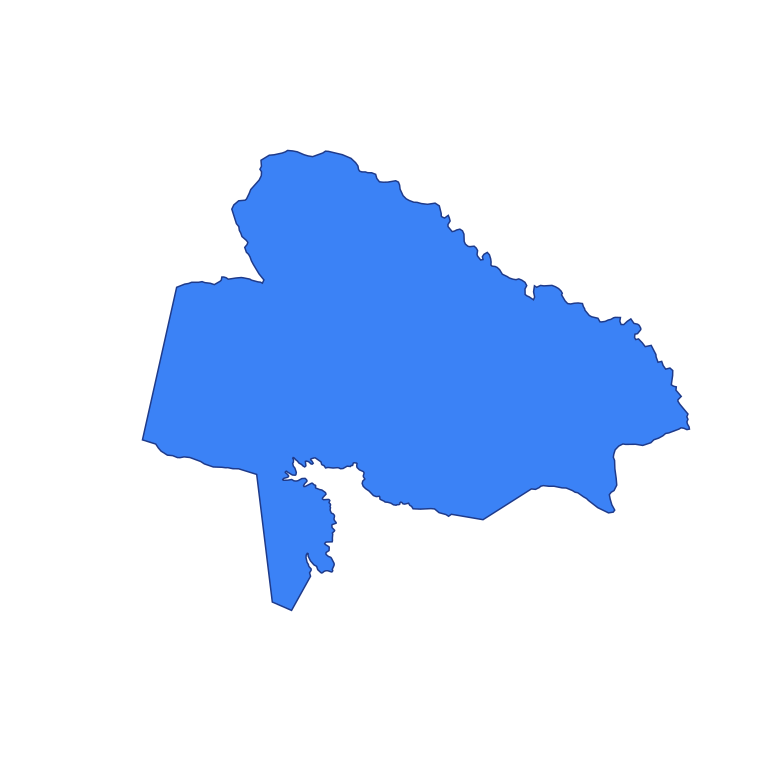 outline of San Miguel Suchixtepec, Oaxaca, Mexico, rotated 318°
{"feature_id": "50627088B50710705536412", "entity_name": "San Miguel Suchixtepec", "entity_type": "district", "adm_level": 2, "iso_a3": "MEX", "parent_name": "Mexico", "parent_adm1": "Oaxaca", "projection": "natural_earth1", "projection_center": [-96.466, 16.079], "detail": "fine", "context": "isolated", "style": "filled", "palette": "blue", "viewbox_px": 768, "rotation_deg": 318, "n_neighbors": 0, "source": "geoboundaries", "source_scale": "gbopen_adm2", "svg_char_len": 6171}
<svg xmlns="http://www.w3.org/2000/svg" viewBox="0 0 768 768"><g transform="rotate(318 384 384)"><path d="M512.1,214.0L509.5,211.6L508.3,209.5L508.7,207.4L510.5,204.6L511.0,200.6L510.5,194.3L506.5,185.7L498.4,174.0L496.3,171.8L493.2,171.4L483.1,167.3L480.2,163.7L478.0,160.1L474.9,153.4L472.2,149.8L468.6,145.9L466.1,145.5L463.0,144.3L455.7,140.1L451.8,137.2L442.3,135.4L438.6,140.2L435.5,141.4L435.0,144.3L432.2,147.1L427.7,148.9L415.1,150.3L411.5,152.1L405.6,154.5L403.8,154.5L398.6,150.6L392.3,150.4L387.9,152.2L381.6,166.1L381.4,169.9L379.3,173.0L378.5,176.1L377.1,179.4L377.8,185.1L377.6,187.6L375.7,188.7L371.9,189.3L369.9,194.0L370.1,197.0L369.5,199.8L367.9,203.7L366.9,207.7L364.8,218.6L364.4,226.3L361.1,227.7L360.3,225.6L358.7,223.8L355.0,218.1L354.5,216.3L350.7,211.2L349.2,209.4L344.8,206.1L338.4,201.9L337.8,199.4L336.6,197.4L335.1,196.0L332.6,197.9L331.0,198.0L324.4,196.6L322.3,192.9L318.7,188.8L317.3,186.2L314.2,184.3L309.1,179.7L306.0,178.5L302.7,176.4L294.6,173.4L167.1,263.9L174.2,275.9L173.5,280.6L173.4,284.7L175.4,291.9L179.0,295.8L181.3,300.5L183.2,302.3L186.7,304.4L190.6,308.8L195.9,318.9L197.0,323.1L201.6,331.4L207.8,337.4L210.2,340.2L212.0,341.7L215.0,345.8L219.2,349.7L228.9,366.0L155.1,471.3L163.8,490.4L200.8,477.7L202.3,474.5L205.1,473.7L206.1,472.7L206.1,469.7L206.4,468.5L207.1,467.5L207.5,465.1L209.9,460.8L211.7,459.1L213.7,458.5L214.1,459.2L212.5,461.1L211.0,466.2L210.9,471.5L211.9,474.4L210.5,477.7L210.9,482.1L211.2,482.7L212.0,483.1L214.2,483.2L215.9,483.9L217.3,485.2L219.1,488.4L219.6,488.8L220.7,488.6L221.2,488.2L221.5,487.1L225.4,485.4L226.5,484.5L227.0,483.5L228.4,478.2L228.4,477.1L227.3,474.9L226.9,472.0L227.6,470.9L228.4,470.5L231.7,471.0L233.7,469.1L234.2,468.2L233.0,464.0L233.1,462.9L234.8,462.6L235.8,463.2L239.9,466.6L240.8,466.0L242.6,463.9L245.4,461.3L245.9,460.2L248.7,460.1L249.4,459.7L249.3,456.0L250.6,454.2L251.4,453.8L255.3,455.4L255.7,455.0L255.9,452.2L256.5,450.8L258.8,449.1L259.3,448.3L259.3,446.3L258.5,444.7L259.4,442.1L259.9,441.3L261.5,440.1L261.9,438.9L263.4,438.1L263.8,437.2L263.7,435.4L265.8,434.3L265.8,433.1L265.4,432.5L261.7,429.6L261.3,428.2L262.2,427.5L267.1,427.1L267.7,426.1L267.8,425.2L266.9,421.2L265.5,419.3L263.7,415.6L264.1,414.6L265.0,414.2L265.3,413.4L264.6,412.2L264.4,409.8L263.7,409.2L256.8,407.4L255.9,406.6L256.1,405.8L258.2,405.0L261.5,404.8L262.1,404.3L262.4,403.1L262.2,401.3L259.7,399.3L255.4,398.3L253.7,397.3L252.3,395.7L251.5,393.2L248.0,391.0L244.8,388.2L244.7,387.8L244.8,387.2L246.5,387.1L250.0,388.9L251.3,388.8L251.7,388.3L251.8,386.4L251.4,384.0L251.6,383.4L252.8,383.3L253.3,383.7L253.3,384.6L255.0,390.3L256.9,392.3L257.4,392.5L258.2,392.2L259.7,391.0L261.5,386.9L261.7,384.3L263.0,381.9L264.2,381.6L265.4,380.5L266.1,379.7L266.5,378.1L267.3,377.9L267.7,378.6L267.8,382.1L268.1,383.0L267.9,385.9L268.9,388.7L268.9,390.4L269.5,392.5L270.6,392.7L271.3,392.4L273.8,388.9L274.7,389.3L276.0,391.3L276.3,394.7L277.2,395.6L278.4,395.5L278.9,392.9L278.8,391.3L279.2,390.8L280.0,390.9L282.8,392.3L283.5,392.9L284.8,398.5L285.0,399.9L284.0,401.7L283.9,402.6L284.8,404.5L284.4,407.3L286.5,408.5L290.0,412.4L293.4,415.0L294.3,416.1L295.0,417.9L297.0,419.4L301.6,420.4L303.9,422.9L305.1,422.6L306.2,423.5L308.3,422.2L309.2,422.6L310.7,424.4L310.8,425.0L308.9,426.6L308.1,428.0L308.3,431.4L310.0,435.2L309.9,436.3L309.4,437.0L307.1,438.4L306.6,439.2L306.2,441.8L303.3,441.9L301.2,443.3L300.1,446.1L300.3,449.4L301.3,453.5L301.5,459.8L302.9,462.5L305.4,464.3L305.3,465.1L304.0,466.8L304.2,467.7L305.6,471.0L305.8,472.4L307.7,474.5L309.4,477.2L310.2,480.1L311.9,482.2L312.7,482.3L314.5,483.7L315.4,483.8L316.2,483.0L317.5,483.0L318.0,484.1L317.9,485.7L319.0,487.1L322.5,489.0L322.0,491.4L322.6,493.4L322.1,496.2L327.4,501.4L335.5,508.0L338.0,510.7L338.8,516.4L342.7,522.5L343.5,525.5L346.9,525.9L366.8,551.1L423.3,560.6L426.1,563.7L430.3,564.9L432.0,564.8L434.4,566.1L438.2,570.4L441.9,573.7L446.8,580.3L449.8,583.2L452.7,589.2L453.6,592.3L455.2,594.4L456.8,601.4L457.9,604.7L458.0,607.2L460.1,618.9L464.6,630.0L468.6,632.6L471.1,632.1L472.5,626.2L475.1,620.8L477.4,617.0L480.4,616.5L483.7,617.1L489.3,614.9L493.4,609.5L498.9,601.4L504.2,595.1L505.4,591.9L507.7,590.0L511.7,587.6L516.9,587.2L521.4,588.4L523.2,590.6L530.6,597.1L535.2,602.8L543.0,606.2L547.2,606.0L551.9,608.0L556.6,609.1L560.2,609.2L562.9,610.9L573.1,614.9L575.4,615.3L577.2,617.5L578.6,620.6L580.8,621.9L582.0,620.0L582.7,616.8L583.8,614.8L586.3,613.6L587.1,611.0L589.8,609.7L590.3,597.0L590.9,593.4L592.0,592.4L596.6,592.1L596.8,584.0L599.3,581.7L597.7,579.4L597.0,576.8L604.1,570.9L607.6,567.2L607.2,563.5L603.3,561.4L603.8,557.1L605.5,553.0L602.2,551.2L604.3,546.0L605.8,544.0L608.4,534.1L603.1,531.0L603.5,526.2L603.3,520.8L600.8,519.4L601.3,517.1L603.8,514.9L606.1,516.2L611.2,515.4L612.1,514.4L612.9,511.2L612.5,509.3L610.3,506.2L611.0,500.8L606.8,500.2L602.0,500.3L600.0,498.4L601.3,495.1L604.2,492.8L600.4,489.2L598.9,488.4L595.9,487.8L593.3,486.4L590.3,485.5L587.3,483.5L586.1,482.3L587.0,478.3L583.3,473.0L582.4,470.4L582.7,463.6L583.4,462.5L584.0,459.8L585.3,457.0L582.5,453.7L579.3,451.2L576.2,449.4L574.3,447.1L574.2,443.4L575.6,436.6L577.2,435.9L577.8,433.3L577.6,429.9L576.5,426.5L574.8,423.1L568.5,418.1L566.3,415.5L562.2,414.3L561.5,411.7L556.8,415.6L554.1,420.2L551.4,421.4L550.2,416.4L549.2,414.2L548.8,411.9L552.4,407.7L555.9,406.4L556.8,402.8L555.9,399.0L554.5,396.1L551.9,394.8L549.9,392.3L548.1,389.1L547.5,386.7L545.4,381.6L546.4,376.4L546.1,373.1L545.2,371.0L543.2,368.8L543.1,367.1L545.2,365.0L547.0,362.4L548.8,358.5L548.8,355.3L545.1,354.5L542.3,355.2L540.9,357.8L538.8,356.5L539.1,351.6L539.9,349.9L542.8,347.5L543.5,344.7L543.2,341.9L539.6,339.3L538.5,337.7L538.1,334.4L539.0,331.7L543.7,326.1L544.8,322.7L544.0,319.7L541.0,318.1L538.6,317.5L536.6,316.3L536.9,309.9L538.2,308.3L542.2,307.1L543.6,304.4L544.6,301.7L540.1,301.2L539.0,299.0L538.9,297.6L540.7,295.4L544.3,288.6L543.0,283.8L536.6,279.6L532.5,274.9L530.1,271.1L527.8,268.9L525.5,264.4L524.4,261.2L524.2,256.8L526.3,250.0L528.7,246.6L529.8,243.6L528.7,240.8L521.9,236.5L518.4,233.5L515.9,230.7L516.2,226.4L518.1,222.6L516.2,218.8L513.2,216.0L512.1,214.0Z" fill="#3b82f6" stroke="#1e3a8a" stroke-width="1.5"/></g></svg>